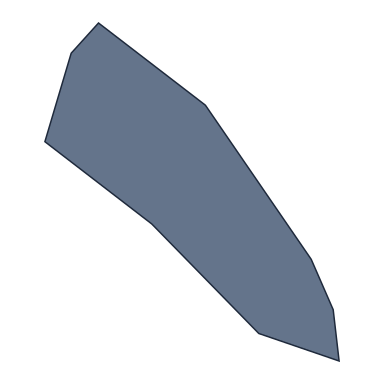 Aruba, orthographic projection
{"feature_id": "ABW", "entity_name": "Aruba", "entity_type": "country or territory", "adm_level": 0, "iso_a3": "ABW", "parent_name": "North America", "parent_adm1": "", "projection": "orthographic", "projection_center": [-69.968, 12.519], "detail": "fine", "context": "isolated", "style": "filled", "palette": "slate", "viewbox_px": 384, "rotation_deg": 0, "n_neighbors": 0, "source": "natural_earth", "source_scale": "50m", "svg_char_len": 247}
<svg xmlns="http://www.w3.org/2000/svg" viewBox="0 0 384 384"><path d="M333.2,309.7L339.1,361.0L258.8,333.5L151.8,224.0L44.9,141.7L71.2,53.2L98.5,23.0L205.4,105.2L311.2,259.3L333.2,309.7Z" fill="#64748b" stroke="#1e293b" stroke-width="1.5"/></svg>